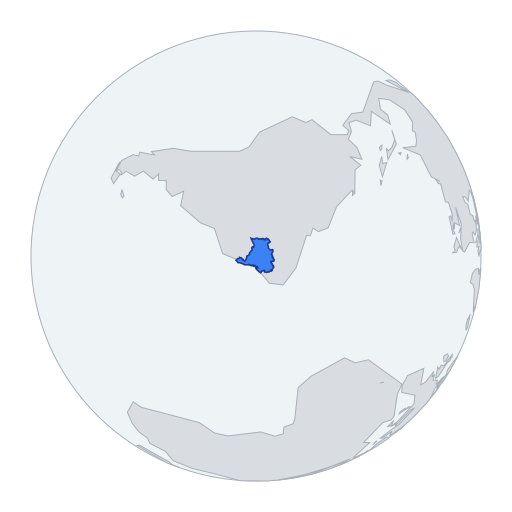 globe centered on Bahia, rotated 98°
{"feature_id": "BRA-624", "entity_name": "Bahia", "entity_type": "State", "adm_level": 1, "iso_a3": "BRA", "parent_name": "Brazil", "parent_adm1": "", "projection": "orthographic", "projection_center": [-41.603, -13.426], "detail": "fine", "context": "on_globe", "style": "filled", "palette": "blue", "viewbox_px": 512, "rotation_deg": 98, "n_neighbors": 0, "source": "natural_earth", "source_scale": "10m", "svg_char_len": 10817}
<svg xmlns="http://www.w3.org/2000/svg" viewBox="0 0 512 512"><g transform="rotate(98 256 256)"><circle cx="256" cy="256" r="225" fill="#eef3f6" stroke="#a8b0b8"/><path d="M185.6,42.0L185.2,42.1L187.8,41.3L195.9,38.9L196.5,38.7L193.7,39.6L197.1,38.6L193.5,39.9L202.3,37.3L203.7,37.2L199.9,38.5L193.6,40.0L168.9,49.1L163.1,52.1L161.3,54.0L172.1,53.5L168.5,56.6L168.5,59.5L173.6,56.6L175.4,53.5L184.9,49.6L185.9,46.9L189.9,45.2L193.7,42.4L200.4,41.3L204.8,41.9L202.0,44.4L203.9,45.0L212.5,41.8L212.9,46.4L223.1,50.0L222.4,51.9L210.5,55.8L195.6,57.2L180.1,65.1L197.5,58.7L195.4,64.4L198.2,65.1L202.6,64.5L206.2,62.0L207.1,64.0L190.2,70.3L189.2,68.6L194.5,66.4L187.5,67.4L176.1,72.9L176.0,76.0L159.0,83.1L158.7,85.7L154.8,89.1L156.4,84.3L153.2,93.4L133.1,107.4L128.3,125.8L125.1,113.0L119.1,113.1L111.3,115.6L110.2,118.6L101.3,119.6L90.6,129.1L82.8,145.5L82.8,156.4L93.2,153.2L98.1,145.2L106.7,141.4L96.7,161.9L111.1,160.7L107.5,175.8L111.2,182.5L119.3,178.8L127.5,180.8L134.6,171.0L145.5,164.6L144.5,176.8L151.5,164.8L156.9,169.9L179.3,167.0L177.3,170.0L196.0,183.1L218.1,188.5L223.2,197.6L220.4,203.5L228.5,205.0L228.6,208.8L262.4,214.8L280.9,225.1L281.1,238.9L267.2,254.6L258.4,289.3L234.5,301.0L230.9,315.6L216.7,337.6L201.9,336.7L208.8,347.2L202.8,354.2L193.9,355.3L194.7,363.0L188.2,363.8L194.2,368.5L187.6,379.4L193.9,387.4L190.1,396.3L194.5,400.9L191.6,401.1L189.6,403.2L190.7,406.0L180.2,402.5L172.8,391.9L173.3,386.0L169.4,385.6L170.0,370.6L167.2,374.0L160.9,353.0L161.4,335.2L154.6,286.8L149.0,278.1L132.8,269.7L113.1,239.4L116.9,225.1L113.2,219.6L125.4,198.8L123.2,182.7L119.1,181.2L114.5,188.3L101.7,181.2L98.6,170.2L67.3,163.8L65.8,159.6L68.6,150.4L72.7,127.7L64.2,151.6L63.0,148.5L64.8,140.9L67.2,137.5L73.0,125.7L74.0,123.3L76.8,119.4L87.6,106.4L99.3,94.1L111.9,82.8L125.4,72.5L139.5,63.2L154.3,55.0L169.7,47.9L185.6,42.0ZM125.6,132.6L142.2,138.7L131.0,141.9L133.4,139.7L129.6,136.6L121.8,134.8L112.5,139.0L125.6,132.6ZM137.0,120.2L133.9,120.1L137.1,119.4L137.0,120.2ZM189.8,43.4L191.7,42.9L190.0,43.6L189.8,43.4ZM189.7,42.7L186.3,43.9L185.8,43.9L187.8,43.1L189.7,42.7ZM193.9,41.4L185.2,43.6L184.3,43.5L191.4,40.8L193.9,41.4ZM217.0,34.1L218.2,33.9L214.8,34.5L215.2,34.5L217.0,34.1ZM199.1,410.4L181.8,404.1L190.9,406.7L193.9,401.9L204.2,407.1L199.1,410.4ZM209.3,397.9L214.8,395.1L217.0,396.4L213.8,398.6L209.3,397.9ZM411.8,93.3L408.3,90.1L406.9,88.7L403.5,85.9L411.2,94.1L416.0,98.9L410.8,97.0L418.5,105.1L419.1,107.5L406.4,95.1L403.3,91.3L384.4,78.0L387.2,81.6L405.2,94.7L402.1,93.0L406.1,99.1L400.7,93.2L380.3,79.0L371.8,79.2L370.8,92.7L363.8,93.2L353.4,89.3L343.8,74.1L360.6,75.0L357.4,70.7L345.5,63.8L351.7,65.0L348.9,62.7L354.4,63.3L353.8,59.1L358.2,59.7L349.9,53.8L351.0,53.6L355.6,56.9L361.1,60.0L370.9,63.1L370.5,62.5L364.3,58.7L367.8,60.5L360.5,56.5L360.9,56.7L379.0,67.3L396.0,79.5L411.8,93.3ZM356.2,54.2L354.1,53.2L349.6,51.1L356.2,54.2ZM343.3,48.3L344.8,49.0L348.3,50.7L353.7,53.2L361.9,58.4L360.3,58.5L346.1,50.9L342.2,50.5L332.9,45.7L327.1,42.2L343.3,48.3ZM474.9,202.6L475.0,203.7L470.6,187.7L449.1,141.9L447.0,138.0L446.7,137.5L446.1,136.6L449.2,142.7L443.8,134.4L460.7,164.2L465.6,176.7L475.2,204.5L475.5,206.4L477.1,212.9L480.7,240.1L477.6,265.5L475.2,289.9L470.2,309.5L462.0,318.6L456.4,334.9L451.3,338.3L446.7,347.2L439.0,355.2L428.5,361.7L417.5,357.3L421.8,348.6L423.9,330.3L428.9,288.9L437.0,272.5L438.1,258.8L429.6,226.9L431.8,211.7L428.2,204.3L421.6,204.5L416.9,195.9L412.4,194.9L380.4,195.9L367.5,184.8L344.5,154.1L348.0,143.0L343.1,130.2L362.6,93.5L373.0,96.8L395.4,97.0L399.3,99.1L403.4,107.3L425.7,123.4L424.9,117.3L438.3,128.6L442.9,131.9L432.6,116.3L425.0,110.3L417.0,101.5L417.8,99.3L419.7,101.2L430.7,113.8L440.7,127.1L449.8,141.1L457.7,155.7L464.6,170.9L470.3,186.5L474.9,202.6ZM363.3,111.8L364.5,115.4L363.3,111.8ZM180.0,166.8L182.6,168.9L178.9,169.3L180.0,166.8ZM128.5,146.8L132.5,146.3L134.3,147.7L131.1,148.9L128.5,146.8ZM164.0,141.6L169.0,142.1L163.5,143.6L164.0,141.6ZM145.1,139.5L160.0,141.8L149.3,146.5L140.0,145.3L146.9,143.3L145.1,139.5ZM133.3,126.8L135.5,127.1L134.2,129.2L133.3,126.8ZM139.3,119.8L138.3,120.1L137.5,118.8L139.3,119.8ZM196.4,64.0L197.8,63.6L201.9,63.4L199.2,64.6L196.4,64.0ZM224.5,58.0L225.3,61.5L222.9,59.5L219.3,61.3L209.8,60.0L221.5,52.7L217.9,56.0L224.5,58.0ZM200.4,57.2L205.1,58.2L199.5,57.4L200.4,57.2ZM328.1,51.4L332.7,52.9L334.6,55.1L329.0,56.2L326.2,52.8L328.1,51.4ZM338.7,54.7L326.2,48.0L329.2,47.6L329.6,48.8L332.8,49.3L334.4,51.5L349.5,58.5L352.2,61.1L340.5,60.6L342.8,59.1L338.2,57.4L338.7,54.7ZM289.0,37.1L283.6,35.8L297.0,36.5L300.5,37.8L295.2,38.4L287.9,37.4L289.0,37.1ZM208.2,36.9L205.2,37.6L206.0,37.2L209.0,36.4L208.2,36.9ZM213.3,34.8L212.2,35.0L216.5,34.2L221.7,34.4L218.6,34.9L225.4,35.2L219.8,37.0L215.7,36.6L216.5,38.5L210.5,38.9L211.9,40.3L203.2,39.2L197.9,40.2L205.9,38.3L211.1,36.6L211.8,36.1L209.6,35.8L200.7,37.6L201.1,37.5L213.3,34.8ZM276.3,31.6L276.6,31.7L279.1,32.0L276.0,31.8L278.8,32.3L275.8,32.0L281.3,32.9L275.8,32.3L276.0,32.7L281.3,33.1L258.9,35.0L253.8,37.3L252.5,40.0L243.3,39.3L238.6,36.8L237.3,34.2L243.5,32.5L238.2,32.9L239.7,32.3L243.3,32.2L238.6,32.1L240.7,31.7L239.5,31.3L236.9,31.5L256.6,30.7L276.3,31.6ZM399.7,96.6L402.0,97.6L404.6,98.1L407.1,102.2L399.7,96.6ZM385.9,86.9L387.4,86.8L392.2,92.2L389.9,91.5L385.9,86.9ZM384.0,82.5L387.1,86.4L384.0,83.8L384.0,82.5ZM356.5,56.9L357.6,56.9L359.3,57.9L360.6,59.1L356.5,56.9ZM433.7,118.1L434.8,120.2L433.0,118.1L433.0,117.7L433.7,118.1ZM422.2,110.4L426.8,114.1L422.8,111.5L422.2,110.4ZM473.2,315.4L460.2,347.3L459.6,345.0L464.0,333.9L471.8,313.7L474.0,310.6L476.3,302.4L473.2,315.4Z" fill="#d9dde1" stroke="#a8b0b8" stroke-width="1"/><path d="M271.5,248.7L272.1,248.6L272.3,248.4L272.0,248.8L271.2,250.7L270.7,251.5L269.6,253.0L268.6,254.2L267.9,254.5L267.9,254.1L268.0,254.1L267.9,253.9L268.0,253.8L267.9,253.6L267.9,253.3L267.4,253.2L267.2,252.9L267.2,252.7L267.1,252.8L267.0,253.1L266.9,253.3L267.0,253.4L266.7,253.7L266.4,253.3L266.6,253.1L266.3,253.3L266.5,253.6L266.5,253.8L266.8,253.8L267.0,253.9L266.9,254.0L266.9,254.3L266.4,254.7L266.4,254.8L266.7,255.0L266.2,255.4L266.1,255.7L266.1,255.8L265.8,255.8L265.8,255.7L265.7,255.9L265.7,256.2L265.6,256.4L265.6,256.7L265.7,256.3L265.8,256.3L266.0,256.5L265.9,256.7L266.1,257.0L266.0,257.3L266.0,257.7L265.9,257.7L265.7,257.4L265.6,257.2L265.4,257.2L265.4,257.3L265.5,257.2L265.5,257.4L265.8,257.7L266.0,257.8L265.9,257.8L265.7,257.8L265.7,258.1L265.9,258.3L266.0,258.6L265.8,258.6L265.7,258.5L265.6,258.9L265.8,259.0L265.7,258.7L266.1,258.6L266.0,258.3L266.1,258.2L266.1,257.9L266.2,258.3L266.0,259.1L266.0,259.5L265.9,259.7L265.9,259.9L265.6,261.0L265.8,261.4L265.7,261.5L265.8,261.5L265.9,263.2L266.1,265.1L266.4,265.6L266.0,266.4L266.0,266.9L265.8,267.2L265.8,267.6L265.6,267.9L265.5,268.7L265.3,269.3L265.3,269.7L265.2,269.9L265.1,270.4L265.0,270.7L265.0,271.2L265.1,271.9L265.0,272.4L265.2,272.8L264.8,273.3L264.7,273.5L264.2,273.7L263.9,274.0L263.4,274.8L263.2,275.3L261.3,274.0L261.1,273.7L261.3,273.3L261.2,273.1L260.9,272.8L260.8,272.7L260.6,272.5L260.5,272.3L260.2,272.2L260.2,271.8L260.1,271.7L259.9,271.5L259.7,271.6L259.8,271.2L259.9,270.5L260.1,269.7L260.5,269.6L260.9,269.6L261.1,269.4L261.0,269.1L261.0,268.4L261.3,268.3L261.5,268.3L261.5,268.1L261.8,267.7L262.3,267.4L262.4,266.9L262.6,266.7L262.5,266.4L262.3,266.1L262.0,266.1L261.7,265.8L261.6,265.7L261.4,265.7L261.2,265.4L260.7,265.4L260.3,265.2L260.0,265.3L259.9,265.1L259.6,265.0L259.2,265.1L259.0,264.9L258.7,264.9L258.2,265.1L257.8,265.2L257.2,265.1L256.9,264.1L255.2,262.6L254.7,262.9L254.2,262.9L253.9,262.6L253.7,262.7L253.4,262.6L252.9,262.3L252.3,261.9L252.0,261.9L251.1,261.2L250.9,260.9L250.1,260.8L249.6,260.8L249.2,261.0L249.0,261.3L248.8,261.4L247.5,261.0L247.4,260.9L247.4,260.7L247.7,259.6L247.3,259.5L247.1,259.5L246.9,259.4L246.7,259.4L246.2,259.4L246.0,259.2L245.9,259.3L245.6,259.3L244.4,259.9L243.7,260.4L243.6,260.6L242.7,261.2L242.3,261.3L241.9,261.7L241.4,262.0L241.0,262.1L240.8,262.3L240.6,262.5L240.3,262.9L239.6,262.8L239.4,263.1L239.1,263.3L239.4,262.3L239.2,261.8L239.6,261.2L239.6,260.8L239.4,260.4L239.6,259.8L239.2,259.6L239.0,259.3L238.8,259.2L238.6,258.7L238.4,258.4L238.2,257.9L238.2,257.1L238.4,256.3L238.5,256.1L238.9,255.8L238.9,255.6L238.5,255.3L238.6,254.7L238.9,254.3L238.8,254.2L238.4,253.8L238.2,253.6L238.3,253.4L238.5,252.9L238.5,252.5L238.4,252.4L237.9,252.3L237.8,251.9L237.8,251.0L238.1,250.8L238.3,250.5L238.6,250.4L238.8,250.2L238.7,250.0L238.5,249.9L238.1,249.9L238.0,249.6L238.6,249.3L238.8,249.0L238.3,248.8L237.3,248.6L237.2,248.3L236.9,248.1L236.9,247.9L237.0,247.6L237.3,247.4L237.6,246.5L238.1,246.2L238.0,245.9L237.8,245.8L237.9,245.7L238.7,245.0L238.9,244.9L239.6,244.5L239.8,244.3L239.8,244.0L240.5,244.0L241.0,244.5L241.2,245.1L241.6,245.7L242.7,246.1L243.1,246.0L243.6,246.0L243.9,245.6L244.2,245.5L244.3,245.3L244.5,245.2L245.1,244.9L245.5,245.0L245.9,245.1L246.2,244.9L246.8,244.4L247.0,244.3L247.1,244.1L247.5,243.4L247.7,243.2L247.9,242.8L247.9,242.6L247.8,242.4L247.9,242.1L247.9,241.8L247.7,241.5L247.6,240.9L247.3,240.5L247.4,240.3L247.9,240.4L248.0,240.1L248.6,240.1L248.7,239.9L248.8,239.8L249.0,240.0L249.1,240.3L249.4,240.2L249.9,240.3L249.9,240.2L250.1,240.1L250.4,240.2L250.5,240.3L250.8,240.4L250.8,240.6L251.2,240.8L251.3,240.7L251.7,240.7L251.9,240.7L252.0,240.8L252.2,240.5L252.6,240.6L252.8,240.2L253.0,240.1L253.2,239.8L253.4,239.9L253.9,239.8L254.0,239.7L254.3,239.4L254.4,239.5L254.5,239.4L254.6,239.5L254.8,239.4L255.0,239.6L255.2,239.3L255.5,239.2L255.4,238.6L255.5,238.5L256.0,238.5L256.4,238.4L256.5,238.1L256.8,237.8L256.9,237.5L257.2,237.6L257.8,237.5L258.0,237.8L258.4,237.7L258.5,237.9L258.6,238.0L258.7,237.9L258.8,238.1L258.7,238.7L258.9,238.9L258.9,239.2L259.5,239.5L259.5,240.0L259.3,240.4L259.8,240.5L260.1,240.4L260.5,240.2L260.8,240.1L261.2,239.0L261.3,238.9L261.6,239.0L261.8,239.0L262.0,238.9L262.3,238.8L262.7,238.5L262.7,238.3L262.6,238.0L262.7,237.9L263.4,237.8L263.5,237.6L263.4,237.3L263.8,237.2L264.6,236.8L265.0,236.9L265.3,237.4L266.0,237.6L266.2,237.8L266.7,237.8L266.9,237.8L267.3,238.1L267.5,238.6L267.7,238.1L267.8,238.0L268.1,238.1L268.0,238.5L268.4,238.8L268.7,238.7L268.9,238.8L268.8,239.0L269.2,240.3L269.9,240.6L270.0,240.8L269.9,240.9L269.8,241.1L270.0,241.3L269.8,241.6L270.1,242.1L270.3,242.3L270.6,242.7L270.8,243.1L270.8,243.8L270.6,244.3L270.6,244.6L270.6,244.9L270.7,245.0L270.4,245.4L269.9,245.6L269.6,245.4L269.2,245.4L269.0,245.9L269.0,246.1L269.2,246.3L269.2,246.5L269.5,246.7L269.6,247.2L269.9,247.4L270.0,247.6L269.9,248.0L270.2,248.2L270.3,248.2L270.5,248.3L270.7,248.6L271.1,248.8L271.3,248.6L271.5,248.7ZM265.8,255.9L266.3,255.9L266.3,256.2L266.2,256.6L266.4,256.9L266.3,257.0L266.2,257.0L266.0,256.7L266.1,256.3L265.8,256.2L265.8,255.9ZM267.3,254.0L267.5,254.3L267.3,254.4L266.8,254.9L266.8,254.6L267.2,254.2L267.1,253.9L267.3,254.0Z" fill="#3b82f6" stroke="#1e3a8a" stroke-width="1.5"/></g></svg>